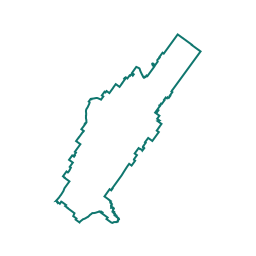 Cranbrook, Western Australia, Australia (Mercator projection), rotated 306°
{"feature_id": "25037944B20309273511019", "entity_name": "Cranbrook", "entity_type": "district", "adm_level": 2, "iso_a3": "AUS", "parent_name": "Australia", "parent_adm1": "Western Australia", "projection": "mercator", "projection_center": [117.133, -34.334], "detail": "fine", "context": "isolated", "style": "outline", "palette": "teal", "viewbox_px": 256, "rotation_deg": 306, "n_neighbors": 0, "source": "geoboundaries", "source_scale": "gbopen_adm2", "svg_char_len": 4903}
<svg xmlns="http://www.w3.org/2000/svg" viewBox="0 0 256 256"><g transform="rotate(306 128 128)"><path d="M26.8,112.6L27.0,112.8L27.0,113.4L27.0,114.0L26.8,114.5L26.2,114.5L26.2,115.0L26.1,115.3L26.7,115.3L26.6,115.7L26.8,116.9L26.7,117.4L28.1,117.4L29.2,117.2L29.3,117.3L29.3,123.2L27.9,123.0L27.9,126.1L27.7,126.1L27.6,134.8L24.5,135.5L24.5,139.5L23.1,139.5L23.1,144.3L24.0,144.2L27.9,145.3L28.3,145.7L30.0,146.7L30.9,147.0L31.7,147.4L32.2,147.6L32.3,147.8L32.9,147.9L34.2,148.2L35.4,148.3L36.7,148.8L38.1,149.1L38.5,149.5L39.2,150.5L40.4,151.6L41.8,152.6L42.4,153.1L42.9,153.4L43.3,153.8L43.6,153.8L43.6,155.3L44.6,155.3L44.7,157.1L43.6,157.1L43.6,164.2L41.7,164.1L41.7,169.9L42.0,171.1L42.3,171.4L42.6,171.5L42.8,171.5L43.2,171.7L43.5,171.9L44.0,172.4L44.2,172.9L44.5,173.1L44.8,173.4L45.1,174.0L45.3,174.3L45.6,174.5L45.7,175.1L45.6,175.3L45.7,175.2L46.1,174.3L46.5,174.5L46.9,174.6L47.0,174.6L47.1,174.4L47.1,174.2L47.4,174.0L47.6,174.0L47.9,174.0L48.0,174.0L48.4,174.1L48.7,174.3L48.8,174.2L49.0,174.3L49.1,174.2L49.0,173.8L48.7,173.7L48.8,173.4L49.0,173.4L49.4,173.4L49.5,173.3L49.5,173.2L49.5,172.9L49.5,172.6L49.4,172.1L49.5,171.9L49.4,171.7L49.3,171.3L49.3,171.1L49.4,170.5L49.5,170.3L49.7,170.1L49.8,170.2L50.0,170.2L50.2,170.3L50.3,170.0L50.4,169.9L50.2,169.4L50.3,169.0L50.2,168.9L50.1,168.7L49.5,168.7L49.4,168.6L49.5,168.2L49.9,168.0L50.5,168.0L50.9,168.1L51.0,168.0L51.1,167.7L50.9,166.9L50.7,166.5L50.7,166.4L50.8,166.2L51.1,166.1L51.6,166.2L51.8,166.3L52.0,166.3L52.1,166.2L51.9,165.8L51.7,165.9L51.6,166.0L51.5,165.9L51.6,165.6L51.5,165.4L51.6,165.1L51.2,165.0L51.1,164.9L51.1,164.6L51.6,164.4L51.8,164.4L52.0,164.4L52.6,164.3L53.0,164.1L53.3,163.9L53.8,163.8L53.8,163.7L54.0,163.7L54.1,163.8L54.3,164.0L54.5,164.0L54.6,163.9L54.4,163.6L54.3,163.4L54.4,163.2L54.7,162.9L54.8,162.8L54.8,162.3L54.6,162.1L54.4,162.0L54.2,162.0L53.9,161.9L53.8,161.7L53.7,161.3L53.6,161.2L53.8,161.1L54.0,161.2L54.3,161.3L54.4,161.2L54.4,160.8L54.5,160.5L54.6,160.4L54.8,160.5L55.0,160.5L55.3,160.5L55.3,160.4L55.2,160.2L55.3,159.9L55.8,159.9L55.9,159.7L56.7,159.4L56.8,159.5L57.0,159.6L57.5,158.4L57.2,158.2L57.1,157.9L57.1,157.7L57.3,157.5L57.7,157.3L57.8,157.0L57.9,156.9L58.1,156.7L58.3,156.6L58.5,156.7L58.7,156.8L58.7,154.9L58.8,154.9L58.8,149.2L67.7,149.1L67.7,151.1L69.9,151.1L69.9,150.7L86.0,150.7L89.9,150.4L94.7,150.1L97.2,150.0L99.7,150.0L99.7,153.0L105.7,153.0L105.7,152.8L105.8,152.3L105.8,151.4L106.2,151.2L111.3,151.2L111.3,148.4L118.0,148.4L118.0,149.7L118.0,150.1L118.3,150.3L118.3,152.4L118.2,152.7L118.1,152.9L121.3,153.0L121.4,152.7L121.4,152.4L121.2,152.4L121.0,152.0L121.1,151.8L121.0,151.6L121.5,151.4L121.8,151.4L122.1,151.3L122.1,151.0L126.5,151.0L126.5,150.1L131.8,150.2L131.8,155.3L142.8,155.3L142.8,152.8L146.8,152.8L146.8,152.7L151.0,152.7L151.0,147.9L152.6,149.0L152.6,146.2L156.4,146.2L156.4,140.9L158.4,140.9L158.4,142.2L160.3,142.2L160.3,140.9L164.1,140.9L164.3,140.6L164.4,140.9L164.5,141.0L165.4,140.9L165.4,140.4L167.3,140.4L167.5,141.2L172.0,141.2L172.0,140.6L174.9,140.6L174.9,142.1L176.3,142.1L176.3,143.3L178.9,143.3L178.9,142.8L183.1,142.8L183.1,141.7L183.3,141.7L183.5,141.7L184.0,141.6L184.3,141.5L184.7,141.6L185.8,141.6L232.6,141.7L232.6,130.8L232.9,130.8L232.9,113.2L209.2,113.2L209.2,111.7L203.7,111.7L203.7,112.2L202.2,112.2L201.8,111.9L201.2,111.8L200.7,111.8L200.4,111.8L200.1,111.8L199.6,112.3L199.2,113.0L194.2,113.0L194.5,112.4L194.8,111.6L194.9,110.6L194.7,110.0L194.3,109.8L193.8,110.2L193.8,110.3L193.2,111.2L193.1,112.0L193.2,112.6L193.1,113.2L181.4,113.2L181.4,112.1L180.1,112.1L180.0,112.3L179.7,112.3L179.4,112.2L179.3,111.5L178.0,111.4L178.0,111.2L178.1,110.8L178.8,109.4L178.7,109.4L179.1,108.6L181.1,104.9L182.7,102.6L182.8,102.5L182.9,102.3L182.9,102.0L182.9,101.7L182.3,98.8L179.1,98.8L174.8,98.9L174.8,101.1L173.2,101.1L173.4,100.4L173.2,99.3L172.5,99.0L171.5,99.0L171.5,98.4L167.7,98.4L167.7,96.5L166.4,96.5L166.4,95.9L165.6,95.9L165.6,96.9L160.7,96.9L160.7,97.0L156.3,97.0L156.3,92.3L152.1,92.3L151.5,92.4L145.3,92.4L145.3,88.9L143.6,88.9L143.6,87.7L139.0,87.7L139.0,89.5L135.1,89.5L135.1,89.2L134.3,85.8L133.8,84.9L133.0,84.1L131.5,82.7L130.6,81.7L129.8,81.7L129.6,81.3L129.9,81.0L129.6,80.7L126.3,80.7L126.3,81.7L126.1,82.0L124.4,82.5L120.8,83.2L119.3,83.2L118.3,83.4L117.0,84.0L115.2,85.6L113.6,86.7L113.3,86.7L113.0,87.0L112.0,87.6L111.4,88.2L111.0,88.4L110.2,89.4L108.1,91.1L106.7,91.1L106.7,90.6L105.8,90.6L105.8,91.1L103.7,91.1L99.6,91.0L99.6,94.0L98.9,94.0L98.9,93.8L91.5,93.8L91.5,93.7L86.9,93.7L86.9,99.0L77.5,99.0L77.5,100.4L74.7,100.4L74.7,100.7L74.6,101.2L73.0,101.2L73.0,99.0L67.6,99.0L67.6,103.7L62.3,103.7L62.3,104.2L62.2,104.5L62.3,104.7L62.3,105.1L60.6,105.3L59.6,105.5L59.0,105.6L57.5,105.6L56.7,105.5L56.7,103.8L50.7,103.8L50.7,105.8L50.4,105.8L50.4,112.0L41.9,112.0L39.0,112.8L34.4,113.1L33.3,113.0L30.9,113.1L30.7,113.0L29.6,112.9L29.3,112.9L26.8,112.6Z" fill="none" stroke="#0f766e" stroke-width="2"/></g></svg>